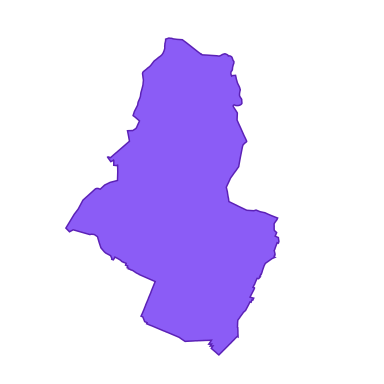 Venustiano Carranza, Michoacán, Mexico (Natural Earth projection), rotated 113°
{"feature_id": "50627088B62018556431099", "entity_name": "Venustiano Carranza", "entity_type": "district", "adm_level": 2, "iso_a3": "MEX", "parent_name": "Mexico", "parent_adm1": "Michoacán", "projection": "natural_earth1", "projection_center": [-102.661, 20.146], "detail": "fine", "context": "isolated", "style": "filled", "palette": "violet", "viewbox_px": 384, "rotation_deg": 113, "n_neighbors": 0, "source": "geoboundaries", "source_scale": "gbopen_adm2", "svg_char_len": 5754}
<svg xmlns="http://www.w3.org/2000/svg" viewBox="0 0 384 384"><g transform="rotate(113 192 192)"><path d="M57.1,203.8L56.0,204.2L55.4,204.5L55.1,205.1L54.8,205.6L52.4,207.8L52.0,208.7L51.9,210.1L52.0,210.6L52.3,211.3L52.6,211.7L52.1,212.2L51.9,212.8L51.8,213.7L51.8,214.3L51.8,214.5L51.8,215.0L51.9,215.7L52.3,216.3L52.9,217.0L53.6,217.8L54.9,218.7L55.7,219.5L56.3,220.1L56.9,222.4L60.3,232.2L61.7,236.0L61.6,236.6L61.7,236.9L61.4,237.3L61.3,237.7L61.6,238.0L61.3,238.5L61.1,239.6L60.5,241.9L58.5,249.2L56.9,255.1L55.6,260.4L57.3,265.3L58.4,269.2L58.4,270.0L58.6,271.2L58.9,271.8L59.1,272.7L59.4,273.6L60.2,274.4L61.5,275.9L61.6,276.0L62.8,275.5L64.6,275.1L66.0,274.9L67.3,274.4L68.5,274.1L69.2,273.7L70.5,273.2L71.9,273.0L73.1,272.9L74.2,272.9L75.1,272.9L76.0,273.0L77.4,273.3L78.6,273.8L79.9,274.5L81.1,275.3L83.1,276.3L84.4,277.0L85.9,277.9L86.7,278.2L87.6,278.4L88.7,278.7L91.5,279.4L93.1,280.0L95.5,281.4L96.5,281.8L99.8,283.6L100.5,283.9L101.3,284.0L101.8,283.9L102.4,283.8L104.7,282.4L105.8,281.8L106.9,281.1L108.1,280.4L109.0,280.1L110.4,279.7L112.5,279.0L114.2,278.7L118.4,278.1L120.2,277.9L121.5,277.6L122.2,277.4L123.0,277.2L123.9,276.9L124.7,276.8L126.0,276.7L127.8,276.7L130.1,276.7L130.9,276.6L132.8,276.1L133.5,276.0L140.3,276.5L144.7,276.1L145.3,273.6L146.0,271.4L147.1,268.1L148.2,268.1L151.2,268.2L153.6,268.2L154.7,268.3L155.2,268.4L155.6,268.5L156.7,269.3L157.8,270.0L158.6,270.6L158.8,270.9L159.0,271.5L160.8,275.3L161.1,275.1L165.4,272.2L168.0,270.5L169.7,269.4L187.6,278.2L191.1,279.9L192.2,280.4L192.3,281.4L192.4,282.2L192.5,283.0L192.9,283.3L193.0,283.2L195.8,278.6L194.9,277.8L193.3,276.7L193.7,276.2L198.0,274.5L197.0,271.2L195.8,271.2L202.5,268.2L210.5,265.1L215.1,271.1L219.7,275.1L225.3,277.6L225.4,279.7L225.8,280.9L226.8,282.1L242.1,289.2L252.2,290.1L258.5,291.7L274.5,294.0L276.5,289.2L273.2,286.6L273.1,285.6L271.1,269.4L270.1,268.0L269.3,265.3L270.0,261.8L270.2,261.4L271.0,260.8L274.9,257.6L279.0,254.0L281.3,249.4L281.9,247.6L282.4,242.1L284.5,239.8L285.3,239.6L285.2,237.9L283.4,237.6L282.0,237.5L282.2,235.0L282.3,233.9L282.7,231.2L282.9,230.6L283.4,229.5L283.5,227.7L283.4,227.7L283.4,226.8L283.4,226.4L283.4,225.1L283.4,224.7L285.3,224.6L285.3,223.9L285.3,223.6L285.2,222.8L285.2,222.3L287.0,222.1L286.9,220.8L287.6,220.6L287.4,218.8L287.6,218.3L287.5,217.2L287.4,215.9L288.2,211.9L288.3,211.0L288.4,208.5L288.6,208.4L288.8,190.9L299.9,190.7L300.2,190.6L303.6,190.6L304.7,190.6L304.8,190.6L306.8,190.6L307.1,190.5L309.5,190.5L311.9,190.5L314.2,190.5L314.3,190.4L316.6,190.4L319.0,190.3L321.5,190.3L323.8,190.3L326.2,190.4L326.2,190.0L326.2,189.1L326.2,188.5L328.5,186.2L329.8,184.9L329.8,182.3L331.0,182.3L331.0,179.6L331.0,178.3L330.9,176.9L330.9,175.6L330.9,174.2L330.9,173.0L330.9,171.6L330.9,170.3L330.9,169.1L330.9,167.7L330.9,166.4L330.9,163.7L330.8,162.4L330.9,161.1L330.8,159.8L330.8,158.5L330.8,157.1L330.8,155.9L330.8,154.6L330.8,153.2L330.8,151.9L330.8,150.5L330.8,149.2L330.8,147.2L330.9,146.6L331.4,144.4L332.2,140.2L332.2,139.9L331.1,137.8L330.0,135.5L328.8,133.0L328.7,132.8L327.5,130.5L327.0,129.2L326.4,128.1L325.4,125.9L325.3,125.7L324.2,123.4L323.2,121.3L323.0,120.8L322.0,118.6L320.8,116.2L323.2,116.6L325.5,117.1L325.0,115.8L324.4,114.8L324.3,114.6L326.7,115.0L325.5,112.6L327.9,113.1L328.4,113.2L329.9,108.5L329.9,108.4L330.1,107.8L330.9,105.6L331.5,103.6L329.5,102.8L327.6,102.0L326.5,101.6L325.5,101.2L323.6,100.4L321.6,99.6L319.6,98.8L317.7,98.1L316.6,97.6L315.7,97.2L313.7,96.5L311.6,95.6L309.6,94.9L307.5,94.0L307.3,93.9L307.4,93.0L306.0,93.6L304.2,94.5L302.1,95.4L300.2,96.3L299.8,96.5L298.9,96.9L298.9,97.2L298.8,97.3L296.4,98.2L293.8,99.2L292.8,99.5L292.3,99.7L291.9,99.7L291.0,99.5L290.7,99.4L289.7,99.2L289.1,99.0L288.2,98.9L284.4,98.0L282.6,97.6L280.1,96.4L277.6,96.2L275.3,96.0L272.9,95.8L270.6,95.7L270.4,94.5L268.0,94.7L267.8,93.8L265.6,93.7L265.9,95.5L266.1,97.5L265.7,97.5L260.4,97.1L258.0,96.9L256.2,96.9L255.8,97.1L255.9,98.6L253.4,98.5L252.4,98.3L250.9,98.4L248.4,98.4L246.0,98.3L245.8,96.8L243.4,96.0L243.4,96.6L240.9,96.5L240.9,96.1L238.7,96.2L236.4,96.5L236.2,96.5L231.7,96.8L229.2,96.6L228.9,96.5L224.0,93.5L221.9,92.2L219.7,90.1L219.6,91.1L217.2,91.4L217.2,91.1L216.4,91.5L214.9,92.6L213.7,93.5L213.4,93.4L212.6,93.4L210.2,93.6L208.0,93.7L207.8,93.7L205.4,93.8L205.5,92.6L205.2,92.5L203.5,92.7L201.1,94.2L200.2,94.7L200.2,96.2L200.1,98.2L197.8,98.2L196.3,98.2L196.0,98.9L195.6,100.1L195.2,101.1L194.8,101.5L192.9,102.4L191.6,102.9L189.9,103.7L189.0,104.0L187.3,103.7L184.4,103.0L182.5,103.0L182.6,106.0L182.7,110.3L182.7,113.7L182.6,116.3L182.6,116.9L182.9,118.3L183.5,121.5L183.6,126.0L185.1,127.8L187.4,134.4L187.0,143.5L186.4,154.3L183.3,156.1L183.0,156.4L181.8,157.2L178.6,159.2L178.3,159.3L174.2,162.3L166.1,162.0L164.8,162.0L163.7,161.9L161.2,161.3L158.7,160.8L155.1,159.9L151.7,159.2L150.5,158.9L149.7,159.1L144.5,160.3L140.4,161.2L130.3,163.3L128.7,163.4L127.6,163.0L126.4,162.5L124.8,161.6L124.2,161.4L123.7,161.7L122.2,163.3L119.6,166.3L113.8,172.5L110.9,175.7L108.2,178.6L106.7,179.2L104.3,180.1L102.1,180.9L101.4,181.3L99.8,183.6L97.6,186.9L96.8,187.7L96.1,187.8L95.3,187.2L95.3,186.7L95.3,186.2L95.3,185.7L95.2,185.2L94.8,184.2L94.5,183.5L94.2,183.0L93.8,182.4L93.3,181.9L92.9,181.5L92.4,181.2L92.1,181.0L91.6,180.8L91.3,180.8L91.0,180.7L90.6,180.8L88.5,181.9L87.4,182.4L86.8,183.1L86.8,183.3L86.3,183.9L85.5,185.1L85.1,185.5L84.9,185.8L84.1,186.2L83.2,186.6L81.7,187.0L80.4,187.3L79.5,187.4L78.9,187.6L78.2,188.2L77.2,189.0L76.5,189.7L75.9,190.4L75.7,190.7L75.2,191.2L74.3,192.3L73.7,192.9L72.2,194.1L71.1,195.0L70.2,195.7L69.2,196.3L68.6,196.8L68.0,197.2L67.6,197.5L69.0,200.2L69.8,200.8L68.8,201.8L67.7,202.6L66.2,203.0L65.4,202.9L64.6,202.6L63.3,202.7L61.6,203.3L59.1,203.7L57.1,203.8Z" fill="#8b5cf6" stroke="#5b21b6" stroke-width="1.5"/></g></svg>